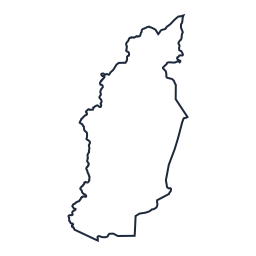 Xochiapulco, Puebla, Mexico (Mercator projection)
{"feature_id": "50627088B83571733703728", "entity_name": "Xochiapulco", "entity_type": "district", "adm_level": 2, "iso_a3": "MEX", "parent_name": "Mexico", "parent_adm1": "Puebla", "projection": "mercator", "projection_center": [-97.658, 19.853], "detail": "fine", "context": "isolated", "style": "outline", "palette": "slate", "viewbox_px": 256, "rotation_deg": 0, "n_neighbors": 0, "source": "geoboundaries", "source_scale": "gbopen_adm2", "svg_char_len": 5637}
<svg xmlns="http://www.w3.org/2000/svg" viewBox="0 0 256 256"><path d="M72.3,206.1L73.3,207.7L73.9,208.4L74.2,208.6L75.0,208.8L75.6,209.0L75.6,209.3L75.1,210.0L74.8,210.3L73.6,210.7L72.5,211.7L72.2,212.7L72.6,214.6L72.2,215.0L71.5,215.2L69.8,215.1L69.0,215.5L68.5,216.1L68.6,216.8L69.2,218.0L69.2,220.9L70.0,221.6L70.6,223.0L71.1,223.3L72.6,223.6L73.0,224.1L73.1,224.3L73.0,224.8L71.9,225.5L72.0,226.5L72.3,226.7L72.4,227.0L72.9,227.0L73.5,227.9L73.8,227.9L74.5,229.7L97.8,240.6L97.8,238.9L97.5,237.3L97.7,236.6L98.7,236.1L100.6,236.5L101.3,236.9L102.7,237.2L105.5,237.2L106.7,236.9L107.8,236.2L108.5,234.6L109.3,233.8L113.2,233.6L117.9,236.0L134.6,235.8L134.8,233.6L135.6,216.0L139.5,213.6L145.4,212.7L149.0,211.5L150.9,210.3L151.9,209.4L153.7,209.2L155.1,208.4L156.5,207.4L157.3,205.5L157.4,203.8L157.0,202.1L157.0,201.4L157.2,200.2L169.1,193.9L169.5,192.4L170.3,191.8L170.9,190.7L171.0,189.3L170.9,188.7L170.5,188.3L170.1,188.2L168.7,188.4L167.3,187.4L166.9,186.6L166.9,186.1L165.9,180.2L168.8,164.8L174.7,149.1L177.9,138.6L182.2,122.3L183.2,119.5L184.0,118.1L185.2,118.0L186.7,117.5L187.5,117.0L175.7,99.2L175.8,84.8L174.9,83.4L174.5,82.3L174.1,81.1L172.8,79.6L171.7,78.9L167.7,77.9L166.6,77.3L166.3,76.0L166.4,74.1L165.8,71.2L163.0,68.3L163.0,67.5L165.1,65.4L166.5,64.3L166.9,63.1L168.1,62.4L170.0,62.3L173.5,62.6L175.0,62.5L175.8,62.2L176.5,61.7L177.5,61.6L177.8,61.3L179.0,61.6L179.7,62.3L180.4,61.4L180.2,60.8L177.8,59.5L177.3,58.9L177.1,58.0L177.4,57.3L178.2,57.0L178.7,56.6L179.2,55.6L180.0,55.4L181.4,55.4L182.3,55.5L182.8,55.1L182.9,54.6L182.8,54.1L181.5,51.5L180.9,50.9L180.2,50.7L179.4,50.3L179.1,49.2L179.1,48.4L179.1,47.7L179.5,46.2L179.5,45.6L179.3,44.8L178.6,43.9L178.4,43.1L179.5,41.0L180.5,39.9L181.0,39.7L181.5,38.4L181.9,34.4L182.8,32.2L181.0,27.6L181.0,24.3L182.1,22.8L182.6,19.1L182.6,18.2L182.8,17.1L183.5,15.4L180.0,16.5L179.4,16.3L178.4,16.6L177.1,17.5L174.4,19.9L170.2,24.3L168.2,25.8L166.8,26.7L166.2,27.5L165.6,28.7L165.2,29.0L161.5,30.0L160.7,30.6L159.2,33.0L158.2,34.1L155.7,30.0L154.6,29.1L151.0,27.4L149.6,27.1L149.2,26.6L147.0,27.2L144.2,28.6L143.4,28.7L142.6,29.2L141.8,30.1L141.5,32.1L140.9,32.9L140.3,35.3L139.7,36.2L138.5,36.3L137.9,36.6L136.8,36.6L136.8,36.2L136.6,36.2L135.6,36.7L134.5,37.5L133.8,37.4L133.6,37.7L133.4,37.7L132.2,37.3L131.6,37.3L131.4,37.5L131.1,37.4L130.8,37.4L130.3,37.7L130.3,37.9L130.1,37.9L129.8,38.1L129.5,38.1L129.3,38.4L129.2,38.5L128.8,39.3L128.8,39.6L128.3,40.4L128.1,41.0L126.7,42.5L126.2,43.5L126.2,44.4L126.5,45.9L126.8,46.1L126.9,46.4L126.5,49.5L126.1,50.5L126.4,51.0L126.9,51.4L128.4,52.1L128.9,53.0L129.1,54.0L129.0,54.4L129.0,55.2L128.7,55.7L128.4,55.6L127.6,56.0L127.2,56.6L127.0,57.0L127.1,58.6L126.9,60.2L126.7,61.0L126.1,61.5L125.8,62.5L125.6,62.7L125.1,62.8L123.8,62.8L123.5,62.9L123.0,62.7L120.9,62.9L119.3,62.9L119.1,63.0L118.7,62.9L118.4,63.2L117.8,63.6L117.6,63.8L116.5,64.6L113.6,69.4L112.5,70.6L112.0,71.0L110.4,72.5L109.2,74.6L108.6,74.7L107.4,74.2L106.8,74.0L105.5,74.6L104.7,74.3L103.5,73.6L103.1,73.6L102.8,73.5L102.0,73.6L101.3,74.1L101.4,75.0L101.7,75.5L102.6,76.0L104.0,76.0L104.3,76.4L104.5,76.7L104.5,77.0L104.2,77.6L103.5,78.1L103.4,78.5L103.2,78.5L102.8,78.9L102.4,79.7L101.9,79.9L101.8,80.4L101.5,80.5L101.4,80.9L100.9,81.0L100.5,81.8L100.3,82.5L100.1,82.8L100.0,83.6L100.4,84.2L100.5,84.7L101.6,84.8L102.1,85.1L102.5,85.5L102.7,86.2L102.8,87.1L102.0,88.3L101.1,89.3L101.0,89.9L100.6,90.4L100.3,92.5L100.8,93.7L100.9,94.2L100.8,94.8L100.6,95.3L99.7,96.3L99.5,96.7L99.5,97.6L99.6,98.0L101.2,99.8L101.6,101.1L101.6,101.5L101.5,102.1L100.6,103.4L100.8,104.1L101.0,104.3L101.0,104.7L101.2,105.2L100.9,106.6L100.4,107.0L99.7,107.0L99.2,106.7L97.8,105.5L97.2,105.4L96.5,105.6L95.0,106.4L94.3,107.2L93.3,107.4L93.3,108.6L92.9,109.7L90.8,109.7L90.1,109.9L89.8,109.8L89.1,109.3L88.6,109.2L87.7,109.8L87.5,110.3L87.1,110.4L86.7,110.7L86.5,111.0L86.4,111.1L86.1,111.3L85.9,111.8L86.1,112.3L86.8,113.0L87.0,113.4L86.8,114.3L86.5,114.5L86.4,114.9L86.0,114.9L85.7,115.2L85.0,115.5L84.3,116.2L83.7,116.6L82.1,118.5L81.4,118.8L81.4,119.3L81.2,119.5L81.1,119.9L80.5,120.7L80.4,121.1L79.7,122.3L79.8,122.8L80.1,122.9L80.3,123.2L82.3,124.2L82.7,125.0L82.8,125.7L83.6,126.3L83.8,126.6L84.2,129.8L84.6,130.6L85.1,131.2L86.4,132.1L86.9,132.9L87.1,134.6L87.0,136.7L86.8,137.9L86.4,138.7L86.6,139.2L86.8,139.4L88.0,140.2L88.6,140.5L89.0,140.8L89.8,141.9L90.0,142.6L89.8,143.4L89.1,144.7L89.1,145.0L88.9,145.2L88.9,146.1L89.2,147.0L89.4,148.6L89.1,149.9L88.8,150.8L89.1,151.5L89.1,151.9L89.0,152.4L88.3,153.2L87.6,154.6L87.5,155.7L87.9,157.8L87.6,158.3L87.6,159.4L87.1,160.9L87.4,161.4L87.5,161.9L87.7,162.2L88.5,163.1L88.5,163.4L88.8,163.8L88.7,164.3L88.5,165.2L88.3,165.2L88.3,165.4L88.1,165.8L87.9,165.9L87.8,166.3L87.4,166.9L86.9,167.0L86.8,167.4L86.5,167.7L86.3,168.5L86.3,168.8L86.6,169.6L87.0,170.1L87.1,170.5L87.5,171.3L87.5,172.3L88.1,173.5L88.4,173.6L88.8,175.3L89.0,175.5L89.0,176.0L89.3,176.3L89.6,177.2L89.3,178.2L89.3,179.2L89.4,179.5L89.2,179.9L89.3,180.1L89.1,180.3L89.1,180.8L88.7,181.6L87.7,182.5L85.9,182.3L85.5,182.0L84.8,182.2L84.5,182.4L84.2,182.9L84.4,183.7L83.4,184.6L83.1,185.4L82.9,185.4L82.8,185.7L81.8,186.3L81.7,186.6L80.8,187.4L80.7,187.9L80.5,188.0L80.5,188.4L80.3,188.9L81.6,190.4L81.9,191.3L82.0,191.9L82.2,192.3L83.5,193.9L85.0,194.4L85.9,195.3L86.2,195.9L86.2,196.3L86.1,196.6L85.6,196.8L85.2,196.8L83.7,196.4L83.1,196.4L82.7,196.8L82.2,196.9L82.2,197.2L81.6,197.3L81.1,197.8L81.1,198.1L80.4,199.4L79.9,199.8L79.9,200.1L79.2,200.9L79.0,201.2L78.4,201.3L77.0,201.9L76.8,202.1L76.6,202.1L75.8,202.6L75.6,203.0L75.4,203.0L75.2,203.2L75.1,203.4L74.3,204.0L73.4,204.2L72.3,206.1Z" fill="none" stroke="#1e293b" stroke-width="2"/></svg>